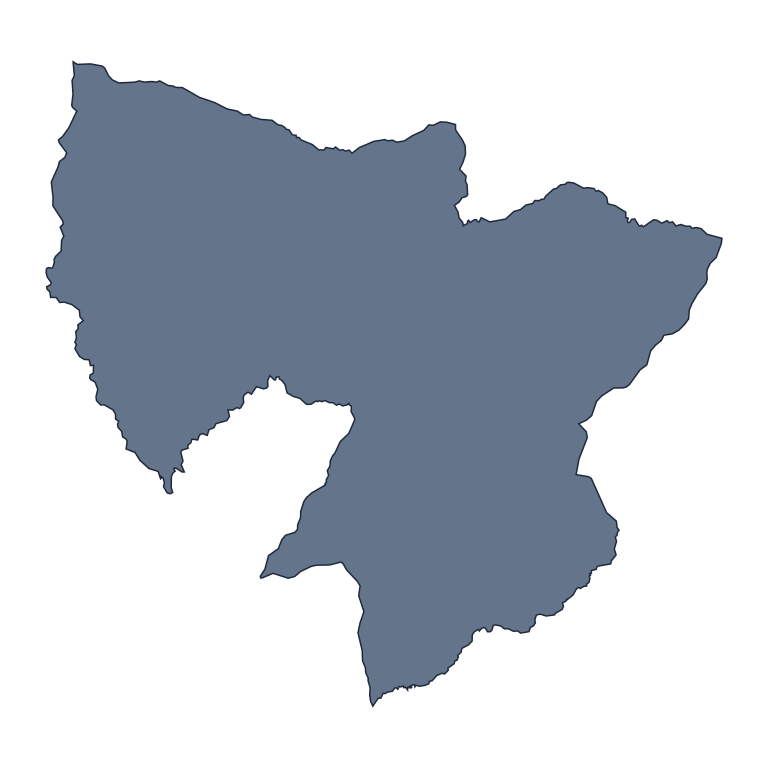 outline of Versalles, Valle del Cauca, Colombia
{"feature_id": "7082276B43348198009946", "entity_name": "Versalles", "entity_type": "district", "adm_level": 2, "iso_a3": "COL", "parent_name": "Colombia", "parent_adm1": "Valle del Cauca", "projection": "albers", "projection_center": [-76.216, 4.612], "detail": "fine", "context": "isolated", "style": "filled", "palette": "slate", "viewbox_px": 768, "rotation_deg": 0, "n_neighbors": 0, "source": "geoboundaries", "source_scale": "gbopen_adm2", "svg_char_len": 6042}
<svg xmlns="http://www.w3.org/2000/svg" viewBox="0 0 768 768"><path d="M455.5,124.5L446.7,122.2L440.3,121.9L433.3,125.3L428.8,124.9L423.8,130.4L412.7,135.5L404.3,140.9L397.0,142.2L392.4,140.2L387.8,140.8L384.9,139.6L373.7,141.4L359.4,147.5L352.0,153.2L349.1,150.1L345.5,151.1L342.9,149.7L339.7,150.2L335.5,147.0L333.2,148.8L325.9,147.5L324.1,150.0L318.7,149.8L312.6,144.7L301.1,139.9L298.9,137.4L296.6,137.6L296.1,135.3L292.4,134.9L289.0,129.8L285.8,129.1L285.0,127.6L281.6,125.4L278.1,124.9L272.1,120.3L260.9,119.4L252.0,117.0L249.6,114.5L243.4,115.0L237.3,111.1L227.0,108.9L214.9,102.7L199.3,97.3L182.4,87.6L175.3,87.4L173.1,86.0L168.2,85.5L159.7,80.9L156.2,82.2L152.0,81.5L144.3,82.1L139.4,80.9L134.4,82.2L118.7,82.9L112.3,79.9L108.6,75.8L104.6,67.9L102.2,66.1L90.6,63.9L77.3,64.4L73.1,61.8L74.3,75.7L72.1,80.4L73.0,94.1L71.7,105.3L72.6,107.4L76.8,111.1L68.9,127.7L62.5,136.6L58.5,139.9L59.2,142.7L66.7,152.8L64.8,157.5L59.5,161.5L57.9,167.3L51.3,182.0L53.0,196.8L52.9,205.9L62.6,220.7L63.3,224.0L60.2,227.1L63.8,236.2L61.6,240.3L61.1,251.0L55.6,256.3L54.1,259.3L54.3,262.5L52.9,267.2L51.7,268.3L48.5,267.6L46.5,268.6L46.1,272.4L47.3,277.1L51.2,282.6L50.7,284.6L46.7,286.7L47.0,289.1L49.9,292.0L50.6,297.4L56.2,297.5L59.7,302.5L64.2,302.1L71.9,304.6L79.3,310.2L80.0,316.8L83.2,320.6L77.8,325.0L78.3,328.5L75.8,331.6L76.4,338.1L74.9,342.3L76.4,344.8L74.9,348.6L79.5,356.5L84.2,359.4L89.2,359.8L90.4,365.6L93.5,365.3L93.3,373.1L90.1,374.9L89.7,378.1L90.8,379.7L95.0,382.0L97.8,389.2L96.0,396.7L96.5,400.6L100.8,405.1L104.0,404.7L112.9,409.8L115.5,414.0L115.6,419.1L118.6,421.1L117.6,424.3L118.0,427.3L121.7,431.4L122.6,436.9L125.9,438.9L127.2,441.4L126.1,449.0L135.0,452.4L139.9,460.3L148.9,468.5L158.1,471.4L160.6,478.8L161.9,477.5L160.2,477.1L160.5,476.1L163.1,478.1L164.4,482.7L163.5,486.6L167.1,492.8L170.2,493.8L172.7,492.4L171.2,487.6L171.4,476.6L173.0,472.8L175.1,471.3L173.8,468.4L175.9,468.1L182.1,472.0L184.3,472.0L181.2,464.6L183.0,461.0L180.8,452.2L182.1,450.0L188.0,448.3L187.9,445.0L190.8,442.9L191.9,439.1L197.7,440.0L199.4,435.1L202.4,433.5L207.2,435.4L209.0,429.7L214.0,427.7L216.0,423.6L226.8,420.6L229.5,416.5L228.0,409.9L232.8,410.1L236.9,407.5L239.4,408.5L240.7,407.8L243.7,402.6L243.2,397.4L244.4,394.7L248.1,392.2L251.4,394.2L256.5,386.7L263.6,388.9L266.7,388.0L267.9,386.4L267.6,380.7L269.8,375.6L274.4,380.0L275.5,379.8L276.5,376.9L279.0,376.9L279.5,379.2L281.5,380.1L285.0,384.5L287.1,392.9L293.4,396.5L299.9,398.3L306.5,404.4L311.2,404.2L316.0,401.0L317.7,401.7L319.5,400.7L321.9,401.7L324.9,400.5L329.1,402.6L332.9,402.7L336.5,405.2L339.4,404.0L342.7,405.9L347.1,404.9L348.9,403.3L349.2,404.8L351.3,406.1L351.2,411.7L354.6,418.3L354.6,420.1L348.8,433.4L340.3,441.5L334.9,453.1L332.5,455.9L330.3,460.9L330.0,466.1L327.3,470.6L328.6,475.6L326.2,479.8L326.4,482.4L324.9,483.9L325.5,484.9L312.2,492.6L306.7,497.3L303.9,501.5L300.7,511.4L300.5,517.9L297.7,524.5L297.5,529.3L295.0,532.3L285.5,535.3L281.8,539.7L278.4,548.6L268.5,555.6L264.9,569.2L260.3,576.3L260.8,578.1L262.7,577.7L273.0,573.3L288.2,578.2L294.7,576.5L300.7,571.4L311.4,566.3L316.5,565.2L329.8,564.9L340.9,562.1L343.1,563.7L346.5,569.8L357.1,581.1L360.1,585.9L358.7,595.7L363.9,611.6L360.0,623.1L358.0,632.8L362.2,650.5L362.6,661.0L365.3,667.4L365.8,673.0L368.3,678.3L368.0,680.3L370.1,687.8L369.7,694.9L370.6,701.3L372.8,706.2L378.2,698.2L380.9,698.1L383.2,693.2L385.2,693.6L387.1,692.2L392.5,691.2L394.8,688.0L396.4,687.8L397.8,689.3L399.2,686.5L401.1,686.9L403.6,686.0L403.8,687.6L405.6,687.4L407.6,690.0L407.6,687.4L411.0,688.0L411.7,687.1L409.9,686.3L413.3,684.7L414.4,684.9L414.9,686.8L415.8,685.2L419.2,686.3L424.8,685.4L428.8,683.8L429.5,681.4L432.2,680.7L436.7,675.6L442.1,673.2L444.6,674.0L448.3,670.2L447.8,668.2L454.1,663.7L454.9,660.8L457.1,660.2L458.3,656.9L457.7,655.3L461.1,652.3L461.8,648.4L468.3,645.0L472.1,641.1L472.3,634.9L474.4,631.7L478.3,629.4L479.4,631.0L481.4,628.5L483.9,627.5L485.5,628.3L487.4,631.7L490.1,631.8L491.9,630.2L493.2,625.5L495.4,624.9L500.9,626.0L504.3,628.8L508.5,628.8L513.1,631.2L517.8,631.0L520.6,633.1L529.0,631.6L530.5,627.3L533.5,625.9L535.3,623.0L534.9,619.3L536.5,614.9L540.5,614.2L546.2,616.0L554.5,614.9L555.7,613.1L562.1,609.5L563.5,606.2L562.5,602.9L565.9,601.2L566.9,598.6L566.9,599.9L573.1,594.9L576.5,588.8L578.3,587.5L580.5,588.4L583.9,586.3L586.5,586.1L587.0,583.7L589.0,582.4L589.9,578.2L589.3,576.3L590.6,575.1L589.6,574.0L591.3,573.2L591.5,570.5L596.1,569.4L597.0,566.8L598.6,566.0L610.7,563.9L611.3,560.9L616.1,554.9L614.3,549.0L616.5,541.5L615.3,536.8L617.0,535.5L617.6,532.1L619.1,530.2L617.2,527.8L616.3,521.1L606.6,512.6L591.3,478.4L588.5,476.7L576.1,474.6L579.0,459.0L587.3,437.6L586.3,431.7L578.7,423.8L586.5,420.1L591.6,415.7L596.5,401.5L601.7,395.9L613.7,388.0L622.8,387.9L626.1,387.1L629.4,384.6L640.1,369.8L646.8,364.9L650.7,350.8L655.6,345.1L661.4,340.4L663.9,335.2L672.1,333.9L678.7,330.3L684.4,324.6L688.6,318.9L689.3,310.0L692.0,303.5L697.4,294.2L705.8,283.6L707.2,279.0L706.8,272.0L707.6,268.5L710.4,263.1L716.1,257.6L721.3,243.5L721.9,238.3L707.0,234.3L701.1,228.6L696.2,227.5L692.1,228.3L690.2,226.2L685.7,226.2L681.0,224.5L675.9,225.9L672.5,221.8L669.4,222.7L667.1,220.6L661.9,223.2L656.6,220.1L653.5,219.8L643.6,226.7L641.4,225.2L640.4,226.1L638.9,225.7L634.7,218.9L631.5,219.4L629.8,222.3L628.1,222.6L627.4,221.0L628.3,218.2L625.8,217.5L625.8,212.2L615.0,205.6L607.9,203.8L606.7,197.4L602.7,192.9L598.3,190.4L596.0,191.4L594.0,188.5L586.9,187.6L583.8,188.3L573.8,183.0L568.9,182.3L566.9,182.5L565.4,184.3L560.4,184.9L556.1,188.7L553.6,189.0L545.5,196.3L544.2,199.0L540.7,199.5L539.6,200.6L534.8,200.5L532.7,203.5L525.8,205.1L520.5,209.6L513.8,211.5L505.7,219.0L489.8,221.9L481.2,217.7L479.3,221.7L477.7,221.7L476.4,219.7L474.5,219.6L470.2,222.5L468.6,220.3L467.6,221.1L467.3,223.6L463.3,225.6L462.7,222.4L459.0,217.8L458.1,212.3L454.4,205.3L459.1,202.1L462.2,197.6L465.7,196.8L467.6,194.9L467.1,184.8L465.4,181.0L466.1,176.1L459.6,169.3L463.0,162.3L465.5,154.2L465.2,146.0L462.7,140.5L455.6,129.9L455.5,124.5Z" fill="#64748b" stroke="#1e293b" stroke-width="1.5"/></svg>